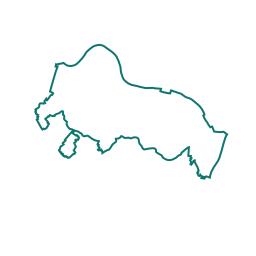 outline of Gia Binh, Bắc Ninh, Vietnam, rotated 35°
{"feature_id": "81297802B26729031323268", "entity_name": "Gia Binh", "entity_type": "district", "adm_level": 2, "iso_a3": "VNM", "parent_name": "Vietnam", "parent_adm1": "Bắc Ninh", "projection": "albers", "projection_center": [106.208, 21.064], "detail": "fine", "context": "isolated", "style": "outline", "palette": "teal", "viewbox_px": 256, "rotation_deg": 35, "n_neighbors": 0, "source": "geoboundaries", "source_scale": "gbopen_adm2", "svg_char_len": 5751}
<svg xmlns="http://www.w3.org/2000/svg" viewBox="0 0 256 256"><g transform="rotate(35 128 128)"><path d="M212.8,76.3L211.6,76.4L208.5,76.2L208.3,76.3L207.4,77.3L206.9,77.7L204.5,79.4L200.5,81.5L197.9,79.7L196.1,78.6L195.0,80.2L194.0,79.9L191.0,78.7L189.5,77.9L188.5,77.6L186.5,76.9L184.3,75.8L182.8,74.8L182.5,74.6L182.6,74.3L183.0,73.4L182.5,72.8L181.6,72.1L180.9,71.7L179.5,71.1L178.8,70.7L177.6,70.1L175.1,69.4L174.4,69.1L170.7,68.6L164.1,68.1L163.4,68.1L161.5,68.4L158.5,69.3L157.1,69.6L156.0,69.6L151.8,69.5L149.1,70.4L146.0,71.2L145.0,71.6L141.7,72.5L142.7,75.5L139.8,77.0L135.8,78.6L133.4,79.3L132.6,76.9L129.9,78.5L127.4,80.0L126.0,80.6L124.9,81.2L122.1,83.3L119.5,85.2L116.9,86.3L113.8,87.6L111.4,88.4L108.9,89.5L106.3,90.6L103.6,91.2L102.5,91.3L98.6,91.1L96.8,90.7L95.5,90.1L94.5,89.5L90.6,86.6L89.3,85.2L87.0,82.6L86.3,81.9L82.8,79.3L82.1,78.7L80.4,77.7L77.8,76.2L76.1,75.6L74.5,75.3L71.9,74.9L69.2,74.8L64.4,74.8L62.4,74.7L60.5,74.9L59.3,75.2L57.4,76.0L56.5,76.6L55.0,78.1L53.6,79.8L52.4,82.1L51.5,84.9L50.8,87.7L50.5,89.3L50.4,90.4L50.6,93.2L50.5,96.9L49.9,101.9L49.3,104.7L48.8,106.0L48.0,107.5L47.1,108.5L46.3,109.4L44.8,110.5L43.5,111.2L42.1,111.7L40.7,111.8L39.1,111.8L37.9,111.6L36.9,113.0L34.8,114.9L34.5,115.3L34.6,115.9L34.5,116.0L33.9,116.1L33.9,116.6L32.5,117.1L32.9,117.9L33.4,119.2L35.2,118.5L36.4,123.0L39.6,132.6L43.2,142.8L44.0,142.6L46.7,142.5L47.0,144.2L46.9,144.4L46.1,145.2L45.9,145.7L45.9,147.3L45.9,151.7L45.8,151.8L44.2,150.9L44.2,154.1L44.3,154.3L45.8,155.2L45.4,155.9L44.3,156.8L43.2,157.2L42.1,158.1L41.9,158.4L41.8,158.9L42.1,159.9L42.2,160.3L43.0,161.3L43.1,162.1L42.9,162.9L42.2,164.6L41.6,165.7L42.1,166.0L41.9,166.3L42.3,166.8L42.6,166.7L43.6,167.9L43.3,168.2L45.1,169.3L45.5,168.9L46.0,169.1L46.4,169.2L46.9,169.0L47.1,170.1L48.1,170.2L48.1,171.0L47.7,171.2L47.6,171.4L47.9,171.8L49.1,172.4L48.5,173.5L56.3,177.4L58.0,178.1L58.8,178.3L59.3,176.9L60.4,176.8L61.3,174.7L61.3,174.2L61.1,173.6L61.3,172.9L61.0,172.0L60.9,170.1L59.2,169.9L59.3,169.1L55.1,168.0L55.8,165.2L55.9,164.2L56.6,164.1L56.6,162.2L58.2,161.9L59.9,161.2L60.4,160.9L60.9,160.0L60.5,159.8L60.9,158.6L61.4,157.6L62.9,155.6L63.2,155.0L63.4,154.6L63.5,153.9L63.6,153.2L64.7,151.8L64.8,151.7L65.0,151.7L65.5,152.0L65.8,152.4L66.7,153.8L66.9,154.3L67.3,154.5L68.4,154.4L68.7,154.6L69.0,154.8L70.4,157.2L70.9,157.5L71.8,157.8L73.5,157.9L74.2,157.9L74.3,157.9L75.2,159.6L76.1,160.5L76.9,161.0L79.5,162.0L80.2,162.1L80.7,162.1L83.0,161.2L84.5,160.9L84.3,162.2L83.9,166.0L83.1,173.9L84.0,174.1L83.7,175.6L83.2,177.8L84.7,178.3L84.3,179.6L83.9,180.9L83.4,182.0L84.3,184.4L84.5,185.6L84.2,185.8L84.3,186.0L86.5,186.7L86.6,186.2L86.9,186.3L87.0,186.3L86.9,186.7L87.9,187.3L88.2,186.9L88.9,187.2L89.2,186.8L89.4,186.9L89.7,186.7L89.9,186.9L89.9,187.3L90.4,187.4L90.4,187.8L91.4,187.9L91.7,187.4L91.8,187.4L92.0,187.8L92.5,187.8L92.8,187.3L93.1,187.3L93.2,186.9L93.7,186.8L93.9,186.5L94.4,186.5L94.5,186.7L94.8,186.6L94.9,186.9L96.0,186.9L96.9,185.9L97.1,185.5L97.6,183.0L98.3,180.2L98.9,180.0L99.0,178.9L98.9,178.2L98.4,178.0L96.4,177.5L96.1,173.9L96.0,173.2L92.5,171.1L93.1,169.3L93.2,168.8L91.8,168.1L92.1,167.2L92.8,167.1L93.1,166.8L93.3,166.5L93.9,166.4L93.9,166.1L93.8,165.2L93.5,164.9L93.5,164.2L92.7,164.1L92.2,163.9L92.2,163.3L90.9,163.2L90.0,163.2L89.9,164.0L85.5,164.0L85.7,160.8L88.8,159.6L89.6,159.5L91.1,159.5L92.1,159.3L93.8,159.5L95.3,160.2L96.1,160.2L96.5,160.1L97.1,159.7L97.7,159.1L98.7,158.0L99.5,157.4L100.3,157.3L101.6,157.4L103.6,157.4L105.4,157.4L107.7,157.0L109.0,156.7L111.7,155.5L112.0,156.6L112.3,158.7L113.8,158.7L113.8,159.9L115.8,160.4L115.8,163.1L116.9,163.2L117.8,162.3L117.8,161.5L118.2,161.0L118.9,161.2L119.1,161.3L119.2,161.8L119.4,161.9L119.8,162.0L120.1,161.8L121.4,163.3L122.4,160.7L122.8,159.8L123.7,158.2L124.8,156.7L124.9,156.2L125.0,154.1L125.0,153.2L124.9,152.7L124.8,151.0L125.1,148.9L125.6,147.8L125.7,147.2L125.9,146.7L125.9,146.1L125.7,145.3L125.6,145.1L124.2,143.8L126.3,141.9L126.9,140.7L127.1,139.4L127.1,138.5L128.5,138.1L130.2,138.1L130.7,138.1L131.0,138.0L132.4,137.0L133.2,136.2L134.1,135.5L136.0,135.0L136.6,134.6L137.0,134.0L137.8,132.7L138.4,132.1L139.7,131.3L140.2,131.0L140.8,130.8L141.6,130.7L142.0,130.7L142.7,130.9L143.7,131.7L144.4,132.5L145.5,133.5L146.3,134.1L147.1,134.4L149.1,134.9L152.0,136.3L152.5,136.4L152.9,136.4L153.8,136.1L156.4,133.4L159.4,130.7L160.9,129.7L161.5,129.5L162.7,129.6L163.5,129.8L164.5,131.3L164.8,131.5L165.2,131.6L167.2,131.5L169.7,131.3L171.0,131.2L171.8,131.3L172.2,131.4L172.5,131.6L173.1,132.2L174.9,132.2L176.7,132.0L177.9,131.8L179.1,131.3L180.4,130.5L181.0,130.0L182.4,128.5L182.8,127.9L184.4,124.8L184.6,124.4L184.8,122.9L185.1,121.8L186.4,119.7L186.4,119.0L186.3,118.3L186.1,117.8L186.2,117.1L187.4,112.5L187.6,111.8L188.1,110.2L188.6,109.2L188.9,108.8L191.4,112.9L193.3,116.2L194.4,115.7L195.5,115.0L195.7,115.8L196.1,116.0L196.8,116.0L196.7,117.0L197.5,116.9L197.4,118.8L199.5,119.8L199.6,120.0L199.8,121.7L200.8,121.8L200.9,120.5L200.9,119.5L200.8,119.3L200.6,119.1L200.6,118.9L200.6,117.7L200.6,117.2L201.0,116.9L201.0,116.4L201.2,116.2L202.2,117.5L202.5,117.8L207.5,120.3L210.2,122.3L210.1,122.6L210.2,123.1L210.6,123.5L210.3,123.9L210.3,124.2L210.5,124.5L210.8,124.6L210.6,125.1L211.4,125.6L212.8,126.4L213.3,126.6L213.5,126.6L213.8,126.2L214.1,126.2L214.4,125.8L214.1,124.9L214.9,125.2L215.4,125.2L216.7,125.0L216.7,126.9L217.5,126.7L217.9,126.4L218.1,125.7L217.6,125.7L217.6,125.0L218.1,125.0L218.1,125.4L218.8,125.4L218.9,125.9L219.3,125.9L219.4,125.3L219.6,125.0L219.0,124.1L219.6,123.8L219.5,123.2L220.3,122.6L221.5,122.2L223.5,121.7L222.4,119.3L221.5,116.4L221.1,114.0L220.8,110.9L220.6,103.5L220.1,100.6L219.9,99.7L217.3,91.8L216.4,89.4L215.3,86.3L213.4,80.5L212.9,78.0L212.8,76.3Z" fill="none" stroke="#0f766e" stroke-width="2"/></g></svg>